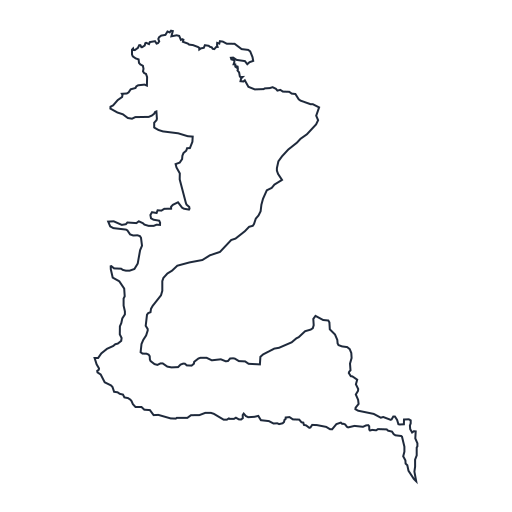 Desamparados, San José, Costa Rica
{"feature_id": "36466004B53955295164101", "entity_name": "Desamparados", "entity_type": "district", "adm_level": 2, "iso_a3": "CRI", "parent_name": "Costa Rica", "parent_adm1": "San José", "projection": "natural_earth1", "projection_center": [-84.044, 9.811], "detail": "fine", "context": "isolated", "style": "outline", "palette": "slate", "viewbox_px": 512, "rotation_deg": 0, "n_neighbors": 0, "source": "geoboundaries", "source_scale": "gbopen_adm2", "svg_char_len": 5997}
<svg xmlns="http://www.w3.org/2000/svg" viewBox="0 0 512 512"><path d="M416.2,481.3L414.4,471.6L415.1,466.6L415.1,459.6L416.7,455.4L416.7,447.6L417.4,446.3L417.4,443.3L415.3,438.4L415.7,431.4L413.9,431.2L412.1,432.5L410.2,429.1L409.9,425.6L410.7,423.3L410.7,420.4L408.8,419.3L404.0,419.5L403.9,424.3L399.5,424.5L398.4,424.2L397.1,419.9L394.9,416.5L393.3,416.5L391.6,419.4L390.6,419.8L383.2,417.0L380.8,417.7L373.7,413.9L358.1,410.7L355.4,409.2L355.6,407.7L358.6,403.9L358.1,399.8L355.8,394.5L358.0,390.9L358.2,389.0L355.9,384.3L357.2,379.7L352.4,376.4L350.8,376.2L348.8,373.0L349.2,371.7L350.5,370.3L350.0,363.6L351.6,358.0L351.3,353.0L349.7,349.1L347.2,347.1L342.0,346.4L338.5,345.1L337.6,343.4L337.3,339.9L335.0,334.5L329.8,329.3L329.4,322.4L328.3,320.5L323.1,320.0L315.5,315.9L313.3,318.9L313.7,325.2L312.8,328.2L310.7,329.6L305.1,331.2L298.7,337.2L296.4,338.3L291.7,342.3L279.0,347.8L274.3,348.6L263.1,354.4L260.4,356.8L259.9,364.4L248.6,363.8L245.1,361.4L238.9,361.1L234.8,358.6L233.1,358.3L230.1,358.5L228.0,361.0L225.8,361.3L220.8,359.3L211.8,360.3L206.6,357.8L200.4,357.8L198.4,358.5L194.2,361.8L193.9,363.7L191.6,365.6L186.8,365.4L184.9,363.7L183.2,363.6L180.5,364.6L178.1,367.1L171.5,367.4L167.3,366.6L162.7,363.4L160.5,363.4L157.4,364.9L154.5,364.1L150.6,361.1L149.9,359.6L149.7,356.2L148.6,354.6L146.5,353.7L142.5,353.6L140.6,352.2L141.5,344.0L143.3,339.8L146.1,335.5L147.7,330.5L147.7,329.0L145.7,325.8L147.0,314.7L148.2,313.1L150.5,312.2L151.0,308.8L152.7,305.8L161.0,295.3L162.3,290.8L162.3,281.1L163.4,277.9L167.4,273.5L172.0,270.7L177.3,265.7L189.6,262.4L202.4,260.0L209.9,255.3L220.0,251.9L231.2,240.0L235.5,238.6L244.9,231.2L249.1,226.8L252.8,225.8L254.0,224.0L255.8,218.6L258.5,215.5L260.6,211.3L261.4,204.7L263.0,198.8L266.8,190.3L271.7,187.9L274.4,184.6L282.0,179.9L278.1,174.0L276.9,170.7L276.9,168.1L278.4,161.3L282.1,156.2L288.3,149.5L297.0,142.6L300.5,138.8L306.9,134.3L316.1,124.4L318.1,120.2L316.2,115.7L319.1,107.4L312.8,104.2L310.5,104.2L300.5,100.6L298.7,99.3L295.4,94.0L291.7,93.6L289.2,91.8L282.9,91.6L280.3,89.9L277.4,90.6L275.9,88.8L272.6,87.2L269.7,88.1L264.8,88.4L263.6,89.1L254.8,89.4L248.4,86.8L244.8,80.3L243.4,81.5L240.5,81.2L241.1,78.5L242.6,77.0L240.4,77.1L239.8,76.3L239.1,72.4L237.5,70.5L237.9,69.1L237.6,66.6L236.3,66.2L236.1,67.2L235.3,66.6L235.3,64.4L233.6,64.3L234.4,61.9L234.3,60.2L231.4,59.4L230.9,57.8L233.2,57.6L236.6,59.9L244.9,61.1L247.3,64.2L249.5,62.2L253.2,60.9L252.5,57.1L250.2,51.4L248.2,49.9L241.6,49.1L234.6,43.8L226.7,43.7L222.8,41.6L219.9,41.2L219.3,43.6L217.2,42.9L217.0,45.1L217.6,46.9L216.2,47.0L214.3,49.1L212.7,48.8L211.7,47.3L209.9,46.8L208.7,45.8L204.9,45.2L203.8,47.8L200.9,48.4L199.3,49.5L199.2,47.8L198.0,47.0L193.0,45.1L189.1,44.6L187.9,43.6L182.9,41.8L183.4,39.7L182.3,39.2L180.9,39.9L179.2,35.9L176.6,35.3L171.4,36.3L172.8,31.1L171.0,30.7L169.7,32.4L167.5,31.5L165.4,34.9L161.2,35.6L159.0,37.3L158.3,39.0L159.2,41.4L158.0,43.1L156.6,43.6L155.0,41.2L149.8,42.1L149.0,44.1L146.1,42.8L145.3,43.2L144.7,45.5L142.1,47.2L141.4,47.2L140.4,45.2L139.2,45.2L137.9,47.9L134.8,50.1L133.5,50.0L133.1,48.5L132.0,49.7L132.0,54.5L132.8,56.4L135.7,58.4L138.6,59.4L139.0,62.9L140.3,64.4L142.9,65.8L143.5,68.8L143.0,71.4L144.2,73.1L146.0,73.9L147.1,77.1L146.9,85.6L144.5,84.6L138.1,85.3L136.3,86.4L135.5,88.0L130.7,89.3L128.6,92.4L126.8,93.5L121.9,93.8L122.5,94.9L122.1,97.0L117.7,100.1L113.1,105.4L110.5,106.7L110.4,108.6L117.4,112.5L122.9,114.3L127.8,118.0L132.0,118.7L135.3,117.1L148.7,116.9L151.8,115.6L154.1,113.8L155.2,111.9L156.4,111.4L156.9,118.8L156.5,120.2L154.2,122.7L154.2,127.5L154.8,127.9L158.5,130.0L162.9,131.4L178.2,133.3L187.7,136.2L192.7,136.6L192.4,141.8L189.9,148.1L187.1,148.2L186.2,150.7L183.5,153.0L182.4,155.7L182.1,159.1L179.7,162.6L175.6,164.1L176.5,167.5L179.8,173.4L179.7,179.4L185.8,202.7L186.5,204.6L189.2,206.9L189.5,208.7L189.0,209.6L183.9,208.7L182.1,207.7L178.0,202.3L172.9,204.8L171.1,206.7L171.1,208.7L164.3,208.8L161.4,210.6L157.6,210.3L156.6,213.0L152.0,212.2L150.4,215.0L151.0,218.3L153.5,219.7L159.2,220.7L160.1,222.7L160.0,224.9L156.6,224.7L153.6,225.9L148.7,225.9L144.4,224.6L142.9,223.2L138.8,221.3L136.4,223.1L127.4,222.5L125.9,224.2L121.8,224.9L113.7,221.3L108.2,221.6L110.2,226.4L113.3,228.1L126.0,229.6L127.4,230.4L130.1,234.4L133.2,235.5L137.5,235.3L139.9,236.1L141.0,237.8L142.0,245.7L140.1,250.2L137.7,263.6L134.4,269.0L129.5,270.7L126.0,270.7L122.8,269.9L121.1,268.7L114.1,268.4L111.3,266.1L110.7,266.3L110.8,269.3L112.7,277.6L119.3,281.3L124.2,288.6L124.7,296.3L123.6,298.5L123.6,305.6L124.9,311.4L124.9,314.4L122.3,318.4L121.3,323.1L119.9,326.3L119.8,334.4L121.6,338.0L121.2,340.9L117.8,343.6L115.3,344.2L113.2,346.0L107.0,348.8L101.3,353.4L98.1,358.0L94.6,358.0L96.6,364.3L99.0,368.4L98.8,369.7L97.2,370.9L97.5,372.4L100.7,374.5L104.7,382.3L111.0,385.4L112.5,387.0L114.1,391.8L117.6,392.3L119.7,393.8L123.0,394.6L124.4,397.4L128.0,398.1L130.3,399.6L131.5,401.0L132.9,404.2L135.5,407.0L141.5,407.0L144.3,409.7L149.9,410.1L153.6,415.1L158.4,414.9L170.6,418.4L175.8,418.6L176.7,417.9L187.3,417.9L191.0,415.2L199.4,415.1L205.2,412.9L211.0,412.9L213.8,413.8L223.7,419.7L226.8,419.7L228.9,418.4L229.5,418.9L233.9,418.9L235.9,417.7L238.9,419.4L241.1,419.5L242.8,418.2L242.7,415.1L243.7,413.6L245.9,416.1L248.2,417.2L254.5,416.8L258.3,415.9L260.9,420.2L268.9,421.1L273.5,423.5L277.3,423.3L279.1,424.1L282.6,423.3L284.0,422.0L284.5,419.9L285.6,419.0L285.7,417.5L289.5,417.1L292.9,419.4L299.2,419.6L301.5,422.3L303.3,422.6L303.9,424.9L306.1,425.4L309.3,427.8L310.4,427.5L312.2,424.9L317.0,425.1L326.2,426.9L330.0,429.2L332.1,429.3L336.4,424.1L340.8,422.6L342.7,424.3L342.5,423.8L343.6,423.8L345.2,424.5L346.9,426.8L348.1,427.4L354.5,425.9L363.0,426.8L366.1,425.4L368.3,425.2L369.2,426.3L369.3,429.7L370.0,430.5L372.2,429.9L376.1,430.3L378.0,429.1L386.7,429.4L388.1,430.7L392.0,431.6L393.7,434.2L395.4,435.3L401.2,436.0L402.0,436.7L404.4,446.7L404.4,451.7L403.2,456.3L405.4,460.4L405.6,463.6L407.3,465.2L408.5,470.8L413.8,478.9L416.2,481.3Z" fill="none" stroke="#1e293b" stroke-width="2"/></svg>